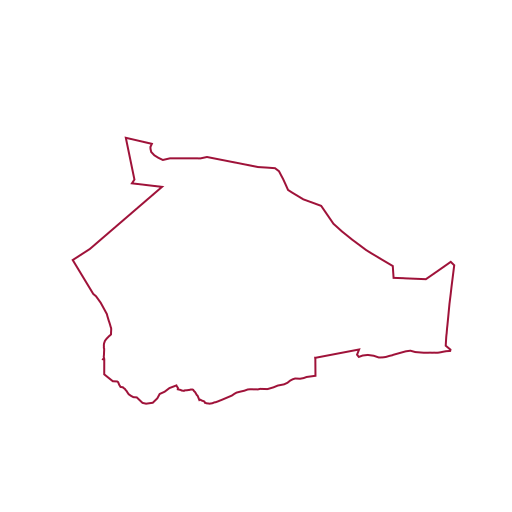 Santa Catarina Quiané, Oaxaca, Mexico, rotated 250°
{"feature_id": "50627088B32470914546985", "entity_name": "Santa Catarina Quiané", "entity_type": "district", "adm_level": 2, "iso_a3": "MEX", "parent_name": "Mexico", "parent_adm1": "Oaxaca", "projection": "equal_earth", "projection_center": [-96.743, 16.88], "detail": "fine", "context": "isolated", "style": "outline", "palette": "rose", "viewbox_px": 512, "rotation_deg": 250, "n_neighbors": 0, "source": "geoboundaries", "source_scale": "gbopen_adm2", "svg_char_len": 3071}
<svg xmlns="http://www.w3.org/2000/svg" viewBox="0 0 512 512"><g transform="rotate(250 256 256)"><path d="M123.1,270.9L139.1,276.6L139.8,276.7L139.8,276.8L140.1,276.9L140.0,277.1L132.9,320.9L128.7,317.2L126.0,318.1L126.0,322.2L124.8,327.2L122.0,332.5L118.7,336.6L118.2,337.9L117.4,340.4L117.0,342.1L116.7,343.6L116.6,345.3L116.5,347.3L116.1,350.1L116.2,351.2L115.2,364.1L114.2,368.7L111.2,372.9L111.1,373.2L107.6,380.8L106.1,385.1L105.7,386.4L105.4,387.2L105.0,388.0L104.7,388.9L104.2,390.4L103.6,391.9L103.4,392.4L103.0,393.6L102.7,394.8L102.5,396.0L102.3,397.1L102.2,397.9L102.1,398.6L102.0,399.2L101.8,400.5L101.6,401.4L101.6,401.8L100.6,405.2L100.4,406.0L101.5,406.7L106.8,403.6L109.4,404.7L114.9,407.1L117.2,408.2L117.7,408.5L122.9,410.9L125.3,412.1L132.6,415.6L145.0,421.5L153.6,425.9L160.8,429.5L179.5,439.1L183.9,437.0L182.8,433.0L176.1,407.7L184.0,388.5L184.7,387.0L188.4,377.8L199.8,381.1L210.5,372.3L219.1,365.3L223.8,361.6L238.4,352.0L249.8,345.1L259.8,339.8L280.8,334.4L293.1,319.8L303.4,311.5L307.1,308.7L314.0,308.2L319.0,307.8L323.2,307.2L327.8,306.6L332.0,303.9L335.3,296.6L338.9,288.3L365.8,243.8L366.7,237.3L377.2,208.6L378.1,201.3L381.7,197.8L385.4,194.9L389.6,193.1L392.7,193.5L394.6,194.1L397.0,196.5L411.6,174.1L369.4,167.9L366.7,164.3L353.1,191.3L319.4,102.2L314.9,82.4L276.0,90.1L272.9,91.9L265.8,93.9L265.1,94.1L264.9,94.1L261.1,94.7L252.4,96.0L250.5,95.8L245.5,95.5L244.2,95.5L241.7,95.4L239.2,95.2L237.8,95.2L236.8,94.9L235.5,94.4L233.9,93.7L232.6,93.2L231.9,92.9L231.5,92.1L230.9,90.4L230.3,89.2L229.6,87.7L228.9,86.5L227.9,85.0L226.9,84.2L225.8,83.3L224.2,82.5L222.9,82.1L221.7,81.6L220.8,81.6L219.2,81.0L217.3,80.2L215.3,79.4L213.2,78.4L211.9,78.3L211.1,78.0L211.4,77.0L211.3,76.9L210.6,78.0L196.7,72.9L187.3,78.6L185.6,82.6L184.6,83.3L181.9,83.4L179.3,83.9L178.2,86.0L177.6,86.2L175.8,87.4L175.2,87.5L174.3,87.8L173.4,88.2L171.9,88.5L170.7,88.8L169.6,89.1L167.2,90.8L165.3,92.5L163.9,95.6L156.8,99.1L154.8,102.2L153.4,108.8L156.0,114.6L159.3,118.3L159.7,123.7L161.5,129.5L161.6,136.9L161.3,136.9L160.1,137.2L158.7,137.5L157.5,136.9L157.0,137.7L156.6,138.3L155.8,139.5L155.1,140.0L154.7,140.7L154.4,141.4L154.0,142.0L153.9,142.2L154.1,143.2L153.8,144.1L153.5,145.0L153.3,146.0L153.1,147.0L152.9,147.8L152.9,148.5L152.8,149.2L152.5,149.9L152.2,150.7L151.7,151.2L150.1,151.6L149.2,152.1L148.6,152.3L146.8,152.6L145.6,152.8L144.8,153.3L143.1,153.4L140.0,153.5L140.1,154.4L139.6,154.9L138.9,155.4L138.3,156.1L137.9,156.6L137.6,157.0L136.9,157.7L135.4,157.9L135.2,158.4L134.6,159.0L134.2,159.7L133.9,160.4L133.6,161.0L133.2,161.6L133.0,162.3L132.9,163.1L132.7,163.8L132.6,164.4L132.6,165.1L132.6,165.8L132.7,166.6L132.6,167.3L132.4,168.0L132.4,168.7L132.4,169.5L132.4,170.2L132.4,171.1L132.5,172.5L132.5,173.2L132.5,174.0L133.1,185.6L133.9,188.6L134.3,191.0L133.9,195.0L133.4,199.0L133.4,202.6L132.7,205.2L131.6,208.0L130.0,212.2L129.7,214.5L127.0,221.3L126.6,227.5L126.8,232.2L125.8,238.4L126.1,242.2L127.2,245.4L127.6,248.3L127.5,250.9L125.6,255.4L125.0,259.0L125.0,262.2L123.1,270.9Z" fill="none" stroke="#9f1239" stroke-width="2"/></g></svg>